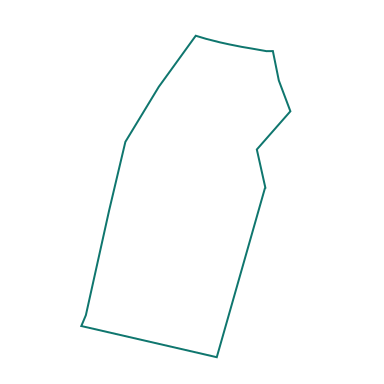 El Arish 4, Shamal Sina', Egypt (Albers equal-area conic projection), rotated 13°
{"feature_id": "37247803B14702199074319", "entity_name": "El Arish 4", "entity_type": "district", "adm_level": 2, "iso_a3": "EGY", "parent_name": "Egypt", "parent_adm1": "Shamal Sina'", "projection": "albers", "projection_center": [33.619, 30.865], "detail": "fine", "context": "isolated", "style": "outline", "palette": "teal", "viewbox_px": 384, "rotation_deg": 13, "n_neighbors": 0, "source": "geoboundaries", "source_scale": "gbopen_adm2", "svg_char_len": 394}
<svg xmlns="http://www.w3.org/2000/svg" viewBox="0 0 384 384"><g transform="rotate(13 192 192)"><path d="M253.3,347.4L262.2,172.0L262.6,171.5L245.6,136.0L269.7,91.2L251.5,63.8L239.1,36.5L233.0,38.0L217.7,38.8L207.9,39.4L194.9,39.8L185.4,39.9L171.2,39.6L160.5,38.9L136.0,96.9L115.8,158.1L115.4,228.6L116.3,335.9L114.3,347.5L253.3,347.4Z" fill="none" stroke="#0f766e" stroke-width="2"/></g></svg>